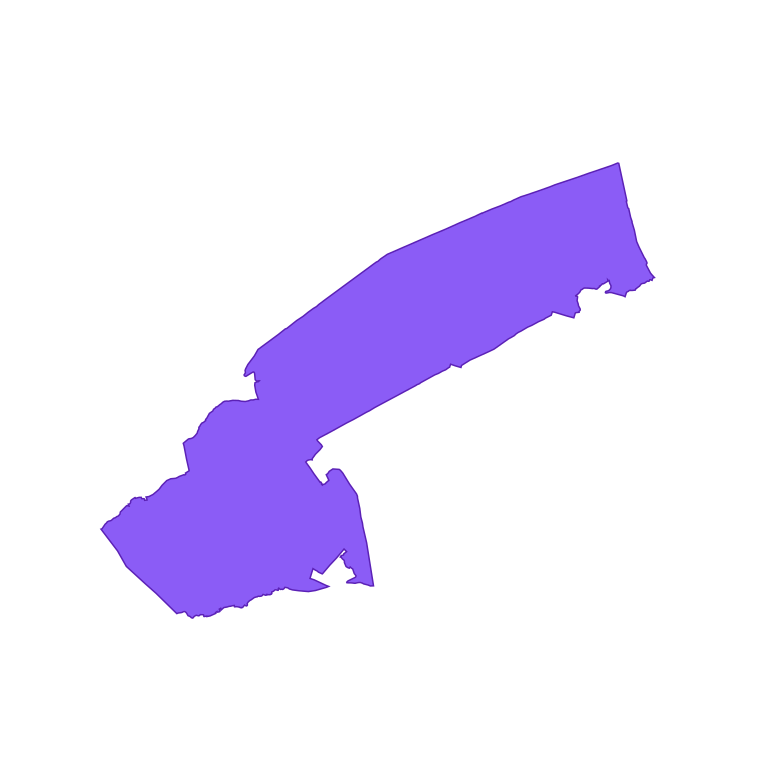 the district of Cristinesti, Botosani, Romania, rotated 288°
{"feature_id": "2599482B10546697969723", "entity_name": "Cristinesti", "entity_type": "district", "adm_level": 2, "iso_a3": "ROU", "parent_name": "Romania", "parent_adm1": "Botosani", "projection": "albers", "projection_center": [26.378, 48.088], "detail": "fine", "context": "isolated", "style": "filled", "palette": "violet", "viewbox_px": 768, "rotation_deg": 288, "n_neighbors": 0, "source": "geoboundaries", "source_scale": "gbopen_adm2", "svg_char_len": 6171}
<svg xmlns="http://www.w3.org/2000/svg" viewBox="0 0 768 768"><g transform="rotate(288 384 384)"><path d="M648.0,514.0L639.4,502.8L626.5,485.3L622.8,480.9L614.2,469.7L606.6,459.5L604.5,456.5L599.1,450.5L596.7,448.2L595.5,446.5L589.2,439.4L583.7,432.5L577.3,425.1L576.6,424.6L576.8,424.2L571.0,418.1L560.8,406.3L549.3,393.6L541.5,384.5L508.4,347.1L501.9,342.1L498.6,340.2L497.7,339.1L495.4,337.4L446.3,302.2L439.5,297.4L436.8,295.9L434.1,293.5L429.0,289.8L423.3,286.1L417.3,281.3L406.7,274.3L405.9,273.1L398.3,268.1L377.9,253.5L370.6,252.0L360.5,248.5L355.5,247.7L353.9,247.7L352.2,248.6L351.1,248.6L349.6,248.1L348.8,248.5L348.6,249.0L348.5,249.8L348.7,250.4L354.0,254.9L355.0,255.9L355.1,256.6L354.7,257.2L353.5,257.9L348.2,260.2L347.5,261.8L347.7,262.7L348.6,264.3L348.6,264.5L347.4,263.8L346.7,262.4L345.3,260.9L342.9,261.4L336.8,264.6L330.6,269.3L329.8,266.6L328.4,264.5L327.7,262.3L326.1,260.3L324.5,257.5L323.5,253.5L323.3,250.6L321.7,245.2L319.4,241.0L319.3,240.0L318.3,237.7L317.0,236.4L315.0,235.3L313.6,234.2L311.0,232.6L310.1,231.3L308.9,230.9L307.3,229.7L305.4,229.5L302.1,227.0L296.7,226.0L295.2,225.3L294.0,225.7L293.3,225.1L291.7,224.2L290.8,223.0L288.9,222.2L286.7,221.8L285.7,221.3L284.1,221.8L281.4,221.4L279.4,221.5L276.2,220.2L274.1,219.1L272.7,217.6L271.6,215.4L271.0,214.8L265.6,211.4L263.4,212.9L251.4,219.5L241.3,225.5L237.9,222.7L237.2,223.3L236.2,222.9L235.9,222.4L235.8,221.6L232.8,217.8L231.2,216.4L229.9,214.9L228.0,210.5L225.0,207.2L219.0,204.2L214.3,202.6L207.6,198.5L204.3,195.2L203.0,192.6L201.3,194.1L200.4,194.5L199.4,192.3L200.7,191.6L200.6,190.4L200.2,189.5L200.1,188.9L201.2,188.1L200.5,186.1L198.5,183.0L199.1,182.4L199.0,182.2L197.0,180.6L195.7,179.6L194.8,179.3L194.4,179.2L193.1,179.6L191.8,179.4L191.3,179.0L190.7,177.9L189.1,179.2L188.9,177.1L188.3,176.6L180.8,172.8L178.7,173.1L177.0,172.4L175.9,171.7L175.4,170.9L173.8,169.8L172.8,168.4L170.0,166.8L169.1,165.6L168.5,164.5L167.4,163.4L166.0,163.0L164.5,162.1L159.6,160.7L158.9,160.3L158.5,159.7L142.9,182.2L130.9,195.3L120.3,218.6L114.5,231.9L101.6,257.9L102.7,259.2L103.8,261.6L104.5,262.7L105.5,263.6L106.0,264.8L105.9,265.5L105.2,266.9L103.1,269.2L103.0,271.1L102.8,271.8L102.2,273.0L102.2,274.2L102.6,274.7L104.3,275.3L105.8,276.6L106.0,276.8L106.2,279.2L106.4,279.5L106.7,280.0L107.9,280.6L108.7,283.4L108.6,283.8L107.3,284.5L107.2,284.7L108.5,287.2L108.1,287.4L109.7,290.3L113.9,294.9L114.5,294.4L116.0,295.5L115.5,295.9L115.6,296.3L116.6,297.9L117.0,298.2L117.5,298.0L119.0,296.9L120.2,298.0L118.8,299.0L121.9,300.8L123.5,303.8L124.6,305.3L125.2,306.7L126.6,308.9L127.1,310.1L126.0,310.5L125.9,310.9L126.5,312.1L126.8,313.1L127.1,315.6L126.9,316.2L126.9,316.7L127.3,317.2L127.1,317.6L127.8,318.6L130.6,319.7L130.4,320.8L130.5,322.0L131.1,322.3L131.6,322.4L133.0,321.7L134.9,322.3L136.6,323.3L137.6,324.3L140.9,326.7L142.1,328.5L142.3,329.1L143.0,329.6L143.5,330.5L143.5,331.1L144.3,332.8L145.2,333.6L146.5,334.0L146.5,336.7L147.1,337.7L147.6,337.4L147.8,337.6L147.7,338.8L148.2,339.8L148.3,340.7L149.0,341.1L149.2,341.7L150.0,342.1L151.5,341.5L152.8,343.0L154.3,343.8L154.7,344.2L155.0,346.0L154.9,346.6L155.1,347.1L156.0,347.1L156.9,346.7L157.2,346.8L157.4,347.0L156.9,347.8L156.6,349.0L157.3,350.4L157.3,351.2L158.4,352.1L160.0,352.6L160.4,355.4L159.8,357.4L159.9,360.6L161.0,366.6L163.2,376.2L166.4,382.6L172.9,392.2L174.4,393.9L174.5,391.5L176.2,378.0L176.2,373.7L186.5,373.5L185.7,376.5L185.6,377.8L184.8,379.8L184.3,383.9L184.4,384.1L195.1,388.5L203.8,392.6L214.7,397.0L213.0,400.2L210.0,398.2L209.1,398.4L208.7,398.1L208.0,396.9L207.3,396.2L205.9,395.9L205.9,396.2L206.3,396.8L205.6,397.3L204.8,398.5L204.0,400.5L203.2,401.1L201.8,401.6L198.7,404.3L198.2,406.1L198.1,407.9L199.5,408.4L198.8,409.9L198.4,411.4L194.5,414.3L193.1,416.5L192.7,416.7L191.7,416.7L191.1,416.3L185.6,410.6L184.0,409.8L183.5,410.2L184.8,414.6L185.5,418.0L187.1,420.7L187.9,422.7L187.9,425.2L187.6,426.2L187.9,431.1L187.7,433.4L188.8,436.4L227.7,416.5L241.5,408.2L245.2,406.4L250.3,403.1L258.2,399.4L267.3,394.1L269.1,393.4L271.0,391.8L278.2,382.1L286.5,372.4L287.9,370.2L288.9,368.2L288.9,367.6L287.4,361.6L284.0,358.9L281.4,358.2L279.9,357.1L275.4,361.3L272.2,359.4L271.2,359.1L270.6,358.6L269.5,357.0L268.8,356.6L269.5,355.5L269.9,355.9L271.2,354.3L271.2,353.9L270.8,353.6L277.1,344.9L281.0,340.0L285.6,333.7L287.4,334.6L288.4,335.7L289.3,337.4L289.7,339.2L290.7,338.8L296.0,340.5L302.0,343.5L305.5,344.7L306.8,343.2L309.3,338.5L310.2,337.4L313.0,339.3L322.1,348.1L335.4,360.5L340.8,365.9L351.8,376.1L354.0,378.4L358.8,382.5L392.7,415.0L393.1,415.1L395.4,417.8L396.4,418.3L408.4,429.5L410.9,432.5L414.3,435.6L416.5,438.2L420.0,440.8L420.2,441.2L423.4,441.2L423.3,446.4L423.5,452.1L425.6,452.0L433.2,458.3L447.2,473.7L451.2,477.9L465.6,488.6L467.2,490.2L470.3,493.0L472.4,494.1L474.5,495.7L476.6,497.9L482.4,503.0L485.4,506.4L491.0,511.7L495.1,516.3L496.5,517.2L501.1,521.8L504.7,521.8L505.0,524.2L505.2,536.7L505.6,544.1L510.5,544.0L511.1,544.4L512.5,547.4L513.1,547.1L515.0,547.8L516.1,547.3L518.5,544.8L520.1,544.0L522.9,541.9L526.7,541.2L527.1,540.9L526.9,539.2L527.2,539.0L529.7,540.8L531.8,541.8L534.4,542.3L535.3,543.3L536.4,544.0L537.2,544.9L538.3,548.6L539.2,552.9L539.8,554.3L539.7,556.3L540.1,557.2L543.5,559.2L543.8,558.8L545.6,560.3L546.8,560.7L547.0,561.7L550.8,565.0L551.2,565.1L552.2,564.6L551.4,566.0L551.8,566.3L549.7,567.4L547.6,569.5L545.9,570.0L544.7,570.0L542.9,569.3L541.6,568.0L540.9,566.7L540.5,566.3L539.6,566.2L539.2,566.5L539.1,567.0L539.3,567.6L540.6,570.0L541.2,571.9L541.8,584.4L541.5,586.3L545.9,586.3L546.6,586.6L547.6,587.7L548.5,588.2L549.2,589.1L549.1,589.3L549.6,591.0L550.9,593.9L552.3,594.0L552.7,594.5L553.8,595.1L556.1,596.8L558.3,597.5L558.8,597.9L559.3,598.4L560.5,600.7L563.2,602.6L563.4,603.8L563.8,604.4L565.3,604.5L565.5,604.8L565.4,606.9L567.6,606.9L568.1,607.2L568.8,608.3L570.8,604.8L571.9,603.1L577.9,596.9L579.2,596.5L580.0,596.8L580.5,596.7L581.6,595.8L583.8,593.6L584.6,592.5L593.1,584.2L597.5,580.3L607.6,574.6L614.3,570.0L615.2,569.7L618.8,567.0L626.5,562.5L626.8,561.6L627.1,561.3L632.4,558.1L632.8,558.0L633.2,558.4L666.4,539.1L666.4,538.0L662.0,532.8L648.0,514.0Z" fill="#8b5cf6" stroke="#5b21b6" stroke-width="1.5"/></g></svg>